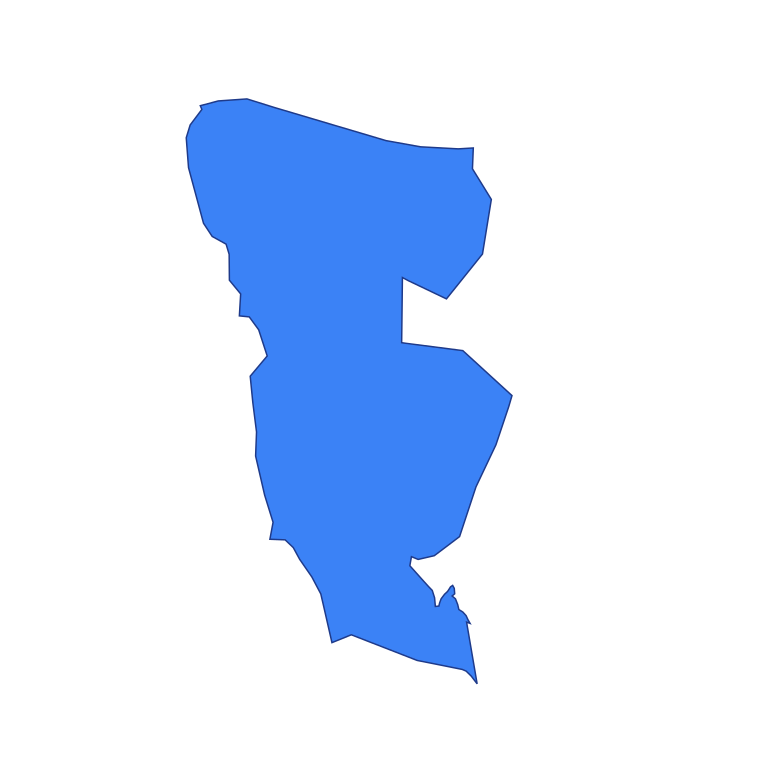 outline of Kosti, White Nile, Sudan, rotated 167°
{"feature_id": "16777658B3487648242534", "entity_name": "Kosti", "entity_type": "district", "adm_level": 2, "iso_a3": "SDN", "parent_name": "Sudan", "parent_adm1": "White Nile", "projection": "equal_earth", "projection_center": [32.672, 12.928], "detail": "fine", "context": "isolated", "style": "filled", "palette": "blue", "viewbox_px": 768, "rotation_deg": 167, "n_neighbors": 0, "source": "geoboundaries", "source_scale": "gbopen_adm2", "svg_char_len": 1199}
<svg xmlns="http://www.w3.org/2000/svg" viewBox="0 0 768 768"><g transform="rotate(167 384 384)"><path d="M492.9,143.7L472.3,147.0L413.9,107.2L372.0,88.3L368.6,85.8L364.8,79.9L360.7,70.9L357.1,133.4L354.0,131.4L355.3,135.8L356.1,139.8L358.5,144.1L361.8,147.4L361.8,152.5L362.7,158.6L365.3,162.1L362.3,163.7L361.5,169.1L362.4,172.3L364.8,171.4L366.8,169.4L368.7,167.6L372.3,165.5L376.6,161.9L379.0,158.3L380.5,155.3L384.0,155.7L382.8,164.3L383.4,172.0L386.1,176.5L389.8,183.1L399.7,201.1L396.1,209.6L390.2,205.4L373.6,205.4L344.7,218.3L317.5,263.1L288.6,299.6L267.6,333.8L261.9,343.9L299.7,398.8L353.7,418.8L357.5,420.3L342.1,483.6L336.7,478.9L304.0,452.9L258.8,488.5L237.9,539.7L249.4,573.8L243.9,593.9L258.7,596.4L295.1,606.9L327.3,620.7L428.3,677.9L453.4,692.6L481.9,697.1L500.4,696.5L499.7,692.5L514.6,680.0L521.3,668.4L525.8,638.8L523.7,581.2L518.2,566.4L506.4,555.8L505.7,545.2L511.3,519.9L503.4,504.0L509.6,482.9L500.2,479.7L493.9,465.0L491.5,437.6L512.6,421.7L516.0,395.4L519.0,365.9L525.3,342.7L525.3,302.6L523.2,274.2L530.1,258.4L515.4,254.4L509.2,245.0L505.6,232.1L497.7,212.2L492.8,193.7L492.8,185.3L492.8,179.9L492.9,143.7Z" fill="#3b82f6" stroke="#1e3a8a" stroke-width="1.5"/></g></svg>